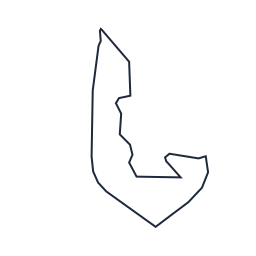 an SVG outline of Sefton, rotated 330°
{"feature_id": "GBR-5667", "entity_name": "Sefton", "entity_type": "Metropolitan Borough", "adm_level": 1, "iso_a3": "GBR", "parent_name": "United Kingdom", "parent_adm1": "", "projection": "orthographic", "projection_center": [-2.99, 53.595], "detail": "fine", "context": "isolated", "style": "outline", "palette": "slate", "viewbox_px": 256, "rotation_deg": 330, "n_neighbors": 0, "source": "natural_earth", "source_scale": "10m", "svg_char_len": 549}
<svg xmlns="http://www.w3.org/2000/svg" viewBox="0 0 256 256"><g transform="rotate(330 128 128)"><path d="M102.5,227.4L77.5,172.2L74.8,160.3L76.1,148.2L82.2,134.5L116.2,77.9L143.6,42.1L147.9,39.0L152.3,29.8L154.0,28.6L154.4,29.8L154.9,32.5L162.1,71.2L146.2,101.2L135.1,97.6L129.9,100.5L129.3,112.1L117.7,129.4L121.4,143.5L118.5,153.4L111.7,158.5L111.1,174.4L148.9,197.1L144.5,175.8L145.4,172.0L151.0,171.0L173.9,189.6L181.2,191.3L175.2,206.4L162.2,216.7L143.2,222.4L124.1,224.7L102.5,227.4Z" fill="none" stroke="#1e293b" stroke-width="2"/></g></svg>